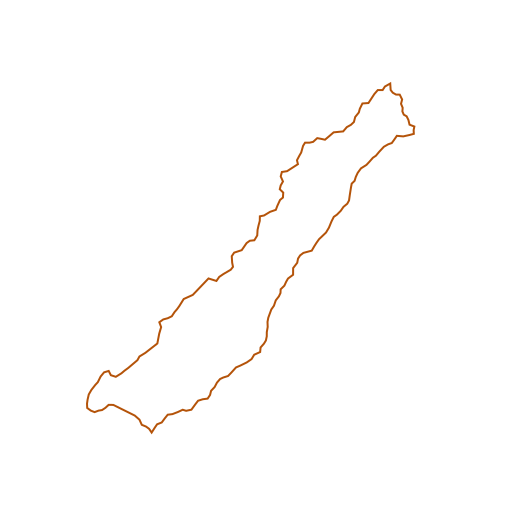 Irapuru, São Paulo, Brazil (orthographic projection), rotated 30°
{"feature_id": "56859067B68587669749429", "entity_name": "Irapuru", "entity_type": "district", "adm_level": 2, "iso_a3": "BRA", "parent_name": "Brazil", "parent_adm1": "São Paulo", "projection": "orthographic", "projection_center": [-51.345, -21.468], "detail": "fine", "context": "isolated", "style": "outline", "palette": "amber", "viewbox_px": 512, "rotation_deg": 30, "n_neighbors": 0, "source": "geoboundaries", "source_scale": "gbopen_adm2", "svg_char_len": 2566}
<svg xmlns="http://www.w3.org/2000/svg" viewBox="0 0 512 512"><g transform="rotate(30 256 256)"><path d="M253.9,461.1L254.2,454.8L254.5,451.2L257.6,447.3L258.2,442.1L258.9,437.6L262.7,434.7L266.4,430.1L269.4,425.8L272.9,425.0L276.9,421.4L277.6,414.8L278.2,410.3L281.5,406.7L285.4,403.7L285.7,399.3L284.5,395.2L285.7,390.2L285.5,385.2L286.4,380.5L288.4,377.6L291.8,373.9L292.9,369.5L294.4,362.5L297.1,358.9L301.2,352.8L303.7,347.5L303.8,342.4L307.6,337.1L305.7,332.9L306.7,328.0L306.8,324.2L305.5,320.2L303.4,316.5L301.6,311.6L298.9,307.3L297.5,303.3L296.0,294.7L296.4,290.1L295.3,284.5L296.0,279.5L295.7,275.8L294.0,272.5L295.4,267.5L295.0,263.2L295.0,259.5L297.5,253.7L294.2,247.9L295.1,241.3L293.7,237.2L293.9,233.4L295.5,229.6L301.6,223.5L301.6,218.6L301.8,214.2L302.2,209.9L304.9,200.7L305.0,195.0L304.1,188.4L303.8,183.2L305.4,179.8L306.8,174.5L307.2,169.7L308.9,165.1L308.8,161.4L306.7,156.2L304.0,149.2L302.7,145.5L303.8,141.6L302.9,137.7L302.5,133.1L303.1,127.6L306.1,121.9L307.1,117.6L308.1,112.5L309.7,109.2L310.6,104.1L312.1,97.5L314.6,93.2L317.1,90.3L317.5,86.6L317.9,81.5L323.7,78.8L328.4,74.5L331.6,71.3L329.6,68.2L328.4,64.7L323.3,65.5L320.0,62.0L316.6,59.7L313.3,59.7L310.5,57.6L308.9,54.3L305.5,51.7L304.3,47.4L299.8,44.4L296.5,46.2L292.8,46.2L289.6,44.9L286.0,39.5L282.9,44.8L282.7,49.0L278.5,51.4L277.5,56.6L276.9,67.3L271.9,70.7L272.3,76.6L273.3,80.3L272.4,86.0L273.8,91.0L272.6,95.0L270.2,99.0L269.2,104.5L261.4,110.1L259.6,115.3L257.6,120.8L253.8,122.0L250.1,123.3L248.4,128.6L245.7,131.1L241.8,133.3L241.7,137.1L243.4,143.8L243.4,147.4L243.6,152.6L246.4,155.5L244.8,158.6L240.5,167.0L236.4,170.3L237.6,174.7L242.1,178.0L242.1,182.5L243.2,186.3L247.9,187.5L250.1,191.9L248.8,195.4L249.4,201.9L250.1,206.1L246.1,210.7L242.7,216.9L239.5,219.7L241.7,223.7L243.0,228.5L244.3,232.6L246.8,237.6L246.7,243.2L243.0,245.9L241.4,249.5L240.7,258.1L235.4,264.0L235.1,268.3L238.7,273.7L241.5,276.9L241.0,280.5L236.8,287.9L234.6,292.5L234.2,297.4L226.1,299.2L220.7,321.3L214.9,329.4L214.6,337.9L214.2,341.7L213.5,345.3L213.2,350.3L210.7,354.0L207.4,357.3L205.4,361.7L209.4,365.0L211.0,371.6L214.3,381.1L210.3,391.0L208.6,395.2L205.3,401.3L205.4,405.5L204.0,409.4L201.3,416.9L199.5,421.0L198.1,424.9L195.0,430.7L189.9,431.8L185.9,429.2L182.6,432.7L181.7,438.0L182.1,444.4L181.3,447.9L180.4,454.2L180.4,459.5L182.0,464.7L183.5,468.4L185.8,472.0L190.3,472.5L194.3,471.9L197.0,468.6L199.7,466.4L201.5,462.8L202.8,458.6L206.9,456.3L230.8,454.8L236.9,456.0L241.5,459.3L246.0,458.7L249.8,459.1L253.9,461.1Z" fill="none" stroke="#b45309" stroke-width="2"/></g></svg>